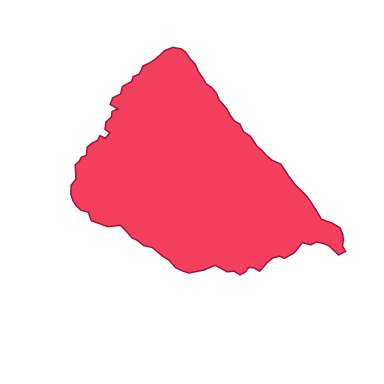 the district of Fazenda Rio Grande, Paraná, Brazil, rotated 327°
{"feature_id": "56859067B87747649596959", "entity_name": "Fazenda Rio Grande", "entity_type": "district", "adm_level": 2, "iso_a3": "BRA", "parent_name": "Brazil", "parent_adm1": "Paraná", "projection": "orthographic", "projection_center": [-49.297, -25.682], "detail": "fine", "context": "isolated", "style": "filled", "palette": "rose", "viewbox_px": 384, "rotation_deg": 327, "n_neighbors": 0, "source": "geoboundaries", "source_scale": "gbopen_adm2", "svg_char_len": 1490}
<svg xmlns="http://www.w3.org/2000/svg" viewBox="0 0 384 384"><g transform="rotate(327 192 192)"><path d="M102.3,175.0L108.1,178.1L113.8,180.8L115.6,189.4L116.7,197.9L119.9,202.9L122.3,210.6L128.5,216.9L130.5,223.4L132.1,229.2L135.6,236.7L137.0,246.4L141.1,253.1L145.2,258.2L152.6,261.2L159.6,264.0L165.9,265.0L171.5,266.1L174.9,272.4L178.1,278.2L184.1,281.2L187.2,287.7L193.1,288.1L198.4,286.2L202.4,289.1L205.6,295.3L216.5,292.1L223.7,291.3L230.3,293.4L233.5,298.1L238.4,298.3L244.5,298.7L249.5,297.2L256.9,294.5L262.8,301.0L269.2,301.7L273.2,305.7L277.5,311.3L280.6,324.6L288.5,325.5L288.7,319.4L292.8,314.7L295.5,309.3L296.6,302.8L292.6,294.5L285.7,285.3L286.2,274.2L286.2,266.7L286.0,258.4L284.6,251.0L282.5,242.8L281.7,232.5L281.7,217.1L276.5,209.1L274.3,201.8L273.2,194.8L271.4,189.0L271.4,177.3L268.0,169.2L269.2,161.0L266.3,156.0L265.8,148.3L266.5,141.8L265.8,135.4L264.8,129.2L266.3,122.8L265.5,115.5L262.8,108.8L263.1,101.4L262.9,94.3L264.3,86.6L262.9,78.6L262.9,71.3L260.7,65.9L254.8,60.3L246.1,58.5L240.5,59.6L233.9,60.6L226.4,60.6L219.7,59.6L211.8,64.4L205.6,63.2L201.3,66.4L191.2,65.6L185.4,70.9L176.8,69.8L171.0,74.1L175.2,82.1L168.8,80.9L165.4,85.1L157.7,86.6L153.1,92.2L155.3,97.7L148.6,99.6L145.4,94.6L140.9,97.3L134.8,96.6L128.6,97.3L123.3,103.7L118.3,102.6L113.8,104.9L108.9,105.5L105.7,111.1L101.8,117.9L94.3,120.5L89.2,127.7L87.4,134.7L87.4,140.7L89.0,146.8L94.0,152.5L91.9,161.3L96.7,167.5L102.3,175.0Z" fill="#f43f5e" stroke="#9f1239" stroke-width="1.5"/></g></svg>